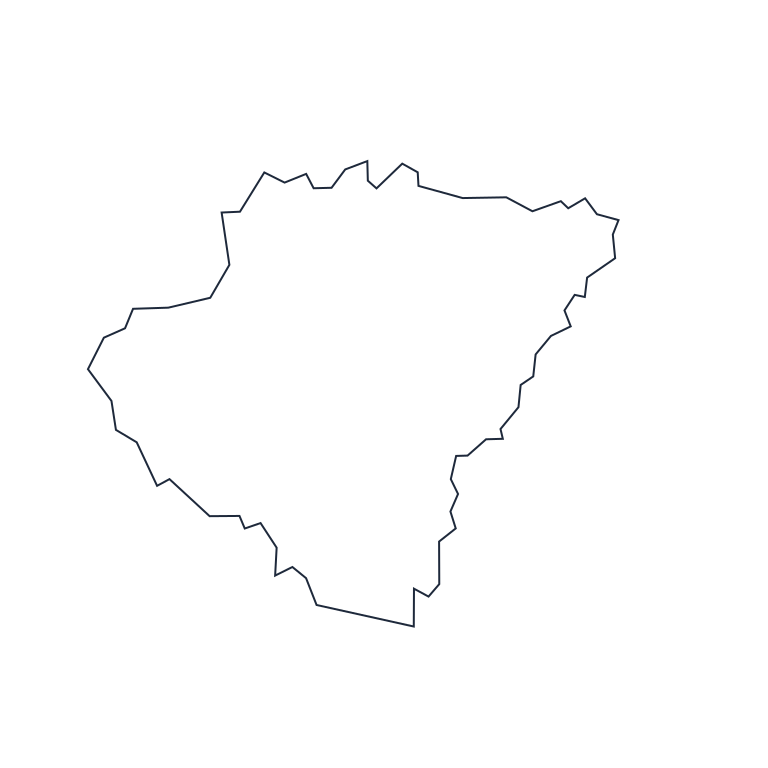 Knox, Kentucky, United States of America (Natural Earth projection), rotated 341°
{"feature_id": "52423323B87116979196195", "entity_name": "Knox", "entity_type": "district", "adm_level": 2, "iso_a3": "USA", "parent_name": "United States of America", "parent_adm1": "Kentucky", "projection": "natural_earth1", "projection_center": [-83.823, 36.871], "detail": "fine", "context": "isolated", "style": "outline", "palette": "slate", "viewbox_px": 768, "rotation_deg": 341, "n_neighbors": 0, "source": "geoboundaries", "source_scale": "gbopen_adm2", "svg_char_len": 1006}
<svg xmlns="http://www.w3.org/2000/svg" viewBox="0 0 768 768"><g transform="rotate(341 384 384)"><path d="M333.2,623.0L345.7,587.3L356.9,599.5L371.1,591.2L384.8,550.9L404.8,543.9L405.3,526.2L418.2,512.1L416.2,495.7L428.8,475.5L439.7,478.9L462.5,469.5L478.5,474.5L479.5,464.5L503.6,449.7L512.9,429.4L527.6,425.4L537.0,405.4L557.5,392.9L579.3,390.3L578.6,373.2L593.3,361.8L602.2,367.1L610.7,349.5L643.5,340.3L649.0,317.2L659.1,305.4L640.6,292.8L634.6,273.9L615.4,277.8L610.7,268.7L580.6,269.0L560.4,247.3L518.9,233.8L481.1,207.9L484.8,194.8L473.0,181.6L440.6,196.6L434.9,186.5L440.8,167.8L417.2,168.5L398.3,181.4L381.2,176.0L378.8,160.0L355.6,161.2L339.7,145.0L303.9,174.2L286.3,169.0L276.6,221.0L247.8,245.9L204.9,241.6L171.2,231.2L157.3,247.0L134.2,249.0L108.9,273.6L120.8,311.3L115.6,340.1L131.2,358.6L136.3,406.4L150.2,404.1L176.1,452.2L204.4,461.7L205.3,475.3L222.0,475.3L229.2,503.8L218.7,529.7L237.8,527.2L247.1,542.2L248.3,571.0L333.2,623.0Z" fill="none" stroke="#1e293b" stroke-width="2"/></g></svg>